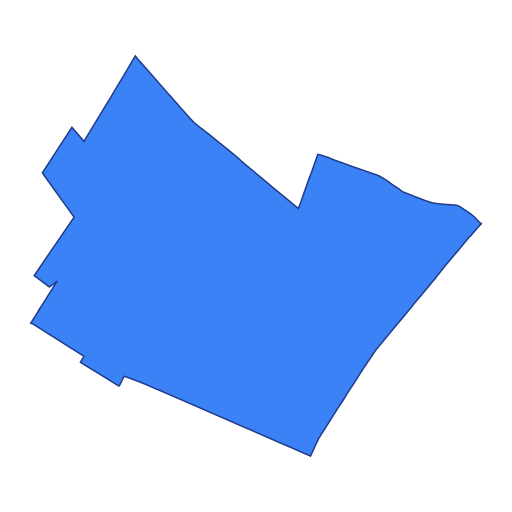 the district of Scutelnici, Buzau, Romania
{"feature_id": "2599482B43358444989508", "entity_name": "Scutelnici", "entity_type": "district", "adm_level": 2, "iso_a3": "ROU", "parent_name": "Romania", "parent_adm1": "Buzau", "projection": "mercator", "projection_center": [26.956, 44.836], "detail": "fine", "context": "isolated", "style": "filled", "palette": "blue", "viewbox_px": 512, "rotation_deg": 0, "n_neighbors": 0, "source": "geoboundaries", "source_scale": "gbopen_adm2", "svg_char_len": 3926}
<svg xmlns="http://www.w3.org/2000/svg" viewBox="0 0 512 512"><path d="M310.3,456.0L310.5,456.1L311.8,453.4L313.0,450.7L314.4,447.6L316.0,444.1L319.0,438.0L321.7,433.6L323.6,430.8L324.7,429.1L326.7,425.8L328.4,423.2L332.3,417.0L333.2,415.5L339.9,405.0L342.8,400.8L345.8,396.0L347.0,393.9L348.2,392.0L349.4,390.1L350.0,389.2L352.8,385.1L357.6,377.6L360.3,373.1L361.3,371.7L364.0,367.4L365.1,365.9L367.4,362.5L370.0,358.7L372.5,354.9L374.7,351.7L375.0,351.2L375.7,350.1L378.6,346.6L381.5,343.2L384.7,339.3L388.6,334.6L394.1,327.9L402.6,317.8L405.7,314.1L412.1,306.3L412.5,305.8L412.9,305.3L413.0,304.9L419.4,297.4L423.3,292.8L425.4,290.2L426.2,289.3L426.9,288.4L428.8,286.3L429.0,286.0L430.8,283.7L435.1,278.6L436.4,277.0L436.4,276.7L437.0,276.0L440.6,271.6L443.2,268.3L443.3,268.1L443.8,267.5L447.4,263.1L449.6,260.6L450.4,259.6L450.8,259.1L451.6,258.2L454.5,254.7L457.6,251.2L458.5,250.1L458.7,249.8L463.0,244.6L465.2,241.9L466.0,241.1L466.7,240.1L467.8,238.8L470.0,236.2L470.6,236.0L472.6,233.5L474.6,231.3L475.3,230.5L476.5,229.1L478.1,227.2L479.5,225.6L480.2,224.8L480.7,224.4L480.8,224.3L481.2,224.0L481.2,223.8L481.3,223.6L480.4,223.2L474.6,217.2L473.2,216.0L470.7,213.9L465.8,210.6L459.8,206.6L458.5,205.9L457.4,205.5L454.6,205.0L452.3,205.0L451.9,204.8L444.1,204.3L439.0,203.8L433.5,203.1L432.8,202.9L430.2,202.2L429.6,202.0L425.1,200.5L422.1,199.3L421.2,199.0L416.9,197.3L416.2,197.2L413.6,196.1L411.0,195.0L407.4,193.6L405.4,192.9L405.1,192.7L403.0,191.9L402.3,191.6L401.6,191.1L398.5,188.5L395.3,186.6L393.6,185.4L391.3,183.9L389.5,182.4L386.0,180.0L383.5,178.4L379.3,176.0L376.7,174.9L374.3,174.1L373.3,173.8L357.5,168.3L350.5,165.9L348.7,165.2L344.6,163.7L340.2,162.1L333.7,159.8L328.6,157.6L327.5,157.3L326.0,156.8L325.7,156.7L322.0,155.4L318.9,154.6L318.7,154.6L317.8,154.3L315.3,161.6L311.8,171.4L311.9,171.6L311.6,172.0L309.0,178.6L305.6,188.3L301.2,201.0L301.1,201.4L300.8,202.3L298.3,208.4L292.7,203.9L292.1,203.4L289.8,201.4L286.9,199.0L283.9,196.5L279.6,193.0L276.3,190.3L275.1,189.3L272.0,186.8L267.3,182.7L255.9,173.3L250.0,168.4L242.1,161.8L238.1,158.0L228.3,149.9L215.0,139.2L212.8,137.4L210.4,135.4L207.5,133.1L205.2,131.4L203.7,130.2L202.3,129.1L199.8,127.3L193.3,122.0L193.0,121.4L190.0,118.3L185.9,113.7L182.8,110.1L180.2,107.4L177.7,104.4L174.4,100.6L171.9,97.7L167.6,93.1L152.2,75.4L150.3,73.2L140.2,61.8L138.5,60.0L135.3,55.9L135.0,56.4L132.5,60.6L127.2,69.7L124.2,74.8L119.2,83.0L111.2,96.5L110.8,97.1L110.2,98.2L109.2,99.9L108.4,101.0L88.1,134.5L84.0,141.3L71.9,127.3L48.9,162.8L42.6,172.5L42.4,172.7L43.0,173.7L43.5,174.4L43.9,175.0L44.1,175.4L45.2,176.8L45.4,177.2L46.6,178.8L47.7,180.5L49.2,182.5L51.3,185.4L55.3,191.0L65.1,204.6L74.1,217.2L64.3,231.5L57.7,241.2L52.0,249.4L38.4,269.4L34.2,275.6L49.4,287.0L56.7,281.6L57.0,281.9L56.3,282.5L52.3,288.8L48.1,295.5L43.6,302.7L40.9,306.9L39.8,308.6L38.8,309.7L39.0,310.1L37.7,312.2L34.0,318.0L31.1,322.6L30.7,323.2L30.9,323.3L31.1,323.5L31.5,323.4L31.9,323.5L32.1,323.5L32.3,323.6L32.7,323.8L33.2,324.2L34.6,325.0L35.8,325.8L37.4,326.8L40.1,328.5L42.8,330.2L47.4,333.2L49.3,334.4L60.5,341.4L69.8,347.4L70.8,348.0L72.5,349.0L75.0,350.6L78.3,352.7L80.4,354.0L81.9,355.0L83.1,355.6L83.6,356.1L83.7,356.4L83.7,356.7L83.2,357.5L81.8,359.9L80.4,362.2L80.6,362.4L80.8,362.5L81.4,362.9L82.2,363.4L82.3,363.5L85.9,365.7L90.6,368.6L91.7,369.3L96.1,372.0L100.6,374.7L102.9,376.2L106.3,378.2L110.7,381.0L116.7,384.7L117.4,385.2L119.1,386.0L119.3,385.8L119.5,385.5L119.8,385.0L120.1,384.4L123.0,378.4L123.4,377.6L123.8,376.8L124.1,376.4L124.5,376.3L126.1,376.9L128.4,377.7L133.7,379.7L138.1,381.4L144.5,383.9L152.1,387.2L164.5,392.5L183.4,400.7L201.4,408.5L208.9,411.8L237.5,424.3L244.0,427.1L245.3,427.7L248.8,429.1L254.9,431.8L268.9,438.0L270.9,438.8L277.6,441.8L280.3,443.0L287.7,446.1L304.1,453.3L305.6,453.9L306.0,454.1L307.2,454.6L308.7,455.3L309.2,455.5L309.6,455.7L310.1,455.9L310.3,456.0Z" fill="#3b82f6" stroke="#1e3a8a" stroke-width="1.5"/></svg>